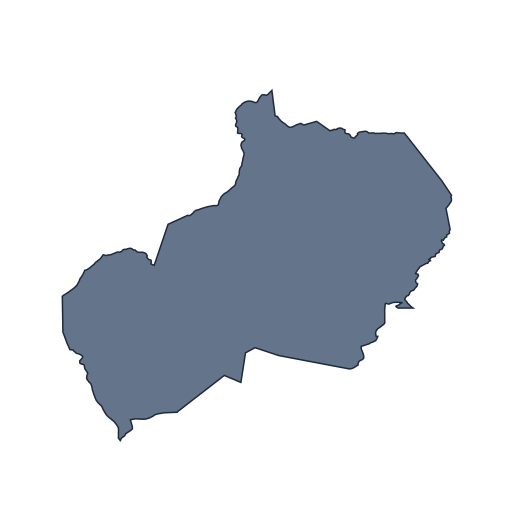 the district of Santa María Ozolotepec, Oaxaca, Mexico, rotated 81°
{"feature_id": "50627088B11851722089063", "entity_name": "Santa María Ozolotepec", "entity_type": "district", "adm_level": 2, "iso_a3": "MEX", "parent_name": "Mexico", "parent_adm1": "Oaxaca", "projection": "equal_earth", "projection_center": [-96.359, 16.098], "detail": "fine", "context": "isolated", "style": "filled", "palette": "slate", "viewbox_px": 512, "rotation_deg": 81, "n_neighbors": 0, "source": "geoboundaries", "source_scale": "gbopen_adm2", "svg_char_len": 6089}
<svg xmlns="http://www.w3.org/2000/svg" viewBox="0 0 512 512"><g transform="rotate(81 256 256)"><path d="M210.8,60.7L157.7,90.3L157.5,91.9L157.5,93.2L157.0,94.2L156.9,95.0L156.8,95.8L156.2,97.2L156.1,98.2L156.2,99.0L156.6,99.5L156.8,99.8L156.8,100.7L156.7,101.5L156.2,102.9L156.0,105.6L155.8,106.6L155.2,108.0L154.9,109.0L154.6,110.9L154.3,113.4L154.3,114.3L153.9,116.9L153.7,117.6L153.7,118.8L153.5,119.2L152.9,120.5L152.7,121.8L152.4,124.1L152.3,125.1L152.0,125.4L150.9,126.6L150.3,127.2L150.0,127.9L149.9,128.5L149.8,131.0L149.9,132.7L149.8,134.3L150.0,135.0L150.4,135.6L150.6,136.1L150.7,136.5L150.8,136.6L151.7,136.5L152.2,136.8L152.9,137.7L153.2,138.4L153.8,139.2L154.7,140.0L154.8,140.4L154.8,140.7L154.7,141.3L153.6,143.2L153.2,143.6L151.6,144.0L150.5,144.7L150.0,145.3L149.4,146.8L149.2,147.6L148.9,148.1L148.4,148.6L147.8,148.8L147.1,148.8L146.3,148.7L145.6,148.3L145.3,148.5L145.1,148.7L144.8,149.5L144.5,150.0L143.2,151.5L142.8,152.6L142.7,154.6L143.0,155.9L143.6,156.3L143.6,156.8L143.4,158.5L143.2,158.9L143.1,159.1L143.3,160.0L143.7,160.9L143.8,161.2L143.6,161.6L143.6,161.9L143.6,162.2L143.8,162.6L144.0,163.2L132.5,175.1L134.1,188.2L134.0,188.6L132.0,191.0L132.8,195.6L134.1,199.3L134.3,202.0L133.7,203.4L132.4,204.8L130.3,206.4L127.0,209.9L124.4,211.6L121.6,213.0L120.7,215.2L94.9,214.4L96.0,215.8L96.6,216.9L98.0,218.4L98.9,220.5L98.0,222.6L97.8,224.9L99.0,226.5L100.7,228.1L104.0,230.5L104.5,232.0L104.0,233.6L102.8,235.5L102.2,237.4L101.8,239.2L101.9,241.6L102.4,243.4L103.5,245.9L104.6,247.0L105.8,249.1L107.7,251.7L111.0,254.1L112.9,253.8L114.5,253.6L115.7,253.9L116.7,254.7L118.0,254.1L119.8,253.8L121.7,254.7L123.6,255.8L124.8,255.6L126.1,254.0L127.8,254.0L130.1,254.7L131.7,255.0L132.4,253.5L132.7,251.5L133.9,250.7L135.5,251.5L136.6,251.2L137.4,250.3L137.8,249.5L138.7,248.8L139.8,249.1L140.3,249.8L141.1,251.8L141.7,252.4L143.2,253.2L144.3,253.6L145.4,253.4L146.8,253.4L148.1,253.1L149.9,252.4L151.5,252.0L152.8,251.7L154.8,252.3L157.7,253.7L158.8,253.9L160.8,254.7L162.3,255.4L163.3,255.6L164.8,256.2L166.9,258.2L169.5,259.2L171.7,259.6L172.8,259.9L173.4,260.1L174.5,261.1L176.0,261.8L177.8,263.3L180.3,264.6L181.2,264.8L181.9,265.1L183.1,265.9L185.2,269.7L186.5,271.6L188.3,274.5L189.0,276.4L189.9,278.3L191.4,280.3L192.9,281.8L194.2,282.5L195.9,283.9L197.7,284.5L199.4,285.2L199.9,285.9L200.1,287.4L199.6,289.6L199.7,294.7L199.9,297.4L200.6,302.3L201.4,306.3L201.4,308.1L202.6,310.3L203.8,311.7L204.5,312.8L205.3,314.1L205.7,315.2L205.2,317.4L210.9,337.9L249.3,358.0L247.4,361.0L244.9,360.2L243.6,360.4L243.0,361.9L242.5,362.6L241.1,363.6L239.6,364.0L238.9,363.4L237.4,363.8L236.1,364.6L234.8,366.7L234.2,369.4L234.0,371.5L233.4,372.6L232.2,373.7L231.2,374.4L230.9,376.1L229.6,377.2L228.8,378.5L228.6,380.7L229.1,383.4L228.8,385.2L229.3,386.8L230.4,387.8L230.9,390.0L230.6,390.9L230.4,392.6L231.3,396.0L231.6,397.7L232.1,399.6L231.9,401.6L231.9,402.9L232.1,403.9L230.9,406.8L233.8,409.6L234.9,411.1L237.3,415.6L238.8,417.2L242.0,422.7L243.2,425.5L243.4,427.5L244.3,427.9L247.5,430.1L249.7,432.1L250.9,433.4L252.9,434.4L256.9,437.5L258.3,439.4L259.8,441.9L261.1,444.5L262.1,446.3L263.2,448.7L263.8,450.0L264.5,451.9L265.5,453.6L300.9,458.6L312.9,456.2L315.5,455.4L319.3,454.5L320.4,451.2L321.2,451.0L322.2,450.0L323.6,449.1L324.4,447.7L324.9,446.7L325.3,445.8L326.3,444.5L327.4,443.4L328.5,442.9L329.8,443.8L332.1,446.6L334.3,446.7L335.3,445.5L336.0,443.8L336.7,442.8L337.8,442.7L338.7,442.8L340.9,442.6L342.6,441.7L345.5,440.5L346.8,441.3L348.5,442.0L350.1,442.4L351.6,442.2L353.0,441.3L354.4,440.7L356.0,439.3L357.9,438.8L360.5,438.5L362.0,438.6L366.8,437.9L371.7,436.9L373.4,436.4L376.3,434.9L378.2,433.5L380.0,432.1L381.8,431.4L383.7,431.0L386.3,430.0L389.3,428.7L391.6,427.2L397.3,422.1L400.5,420.3L403.6,418.9L406.0,418.9L408.9,419.5L412.4,420.0L414.4,420.4L417.1,418.9L416.5,418.4L415.7,418.0L414.8,417.3L413.1,413.9L411.1,412.4L409.4,408.7L408.8,407.2L407.5,405.2L405.5,404.8L398.0,405.7L398.0,399.8L398.8,397.1L399.0,395.4L399.5,393.3L399.8,390.5L399.5,388.0L399.2,386.1L398.6,384.4L398.1,382.8L397.5,381.8L397.0,380.7L396.8,379.4L396.6,378.0L396.5,376.7L396.6,374.8L396.5,373.1L396.5,371.4L398.0,358.3L397.3,357.5L369.0,306.0L378.5,290.7L350.0,281.5L346.4,271.3L357.9,249.1L382.2,181.3L382.2,179.9L382.0,178.3L381.7,177.1L381.3,175.9L380.7,174.8L379.6,172.2L378.6,172.2L377.7,171.7L376.7,171.1L375.9,170.4L375.4,169.0L375.1,167.6L374.3,166.2L373.5,165.5L372.3,165.3L370.1,165.3L366.6,166.0L364.7,166.5L363.3,166.5L361.7,166.1L360.7,159.7L360.4,157.9L359.7,156.5L359.2,153.7L358.7,152.3L358.4,151.1L355.6,148.8L354.4,148.3L354.1,149.9L352.7,150.0L350.9,149.9L349.2,149.4L346.9,147.2L345.7,144.6L343.9,141.3L342.7,139.5L341.6,139.1L340.7,139.1L337.4,138.6L333.9,138.0L330.1,137.5L325.9,136.5L323.3,135.7L323.1,135.2L323.5,134.2L324.3,132.4L324.2,131.7L323.9,130.9L323.7,129.7L323.4,128.3L323.5,125.7L323.9,123.3L324.1,122.2L324.5,120.8L324.7,119.7L325.0,119.3L325.3,119.8L325.4,120.6L325.7,121.3L326.1,121.4L326.5,122.1L326.8,122.9L327.0,123.9L327.1,124.8L327.4,125.6L327.9,125.6L328.4,125.3L328.8,124.7L329.7,123.7L330.2,120.3L332.0,109.0L330.1,110.9L327.8,112.5L326.3,113.8L325.0,114.1L323.9,114.9L322.3,115.9L320.6,115.1L319.1,113.4L318.8,111.7L317.5,110.4L316.2,109.8L315.5,109.3L314.8,108.0L314.5,105.7L312.6,103.8L311.0,101.7L308.9,100.7L307.1,102.2L305.7,102.2L304.6,102.1L303.4,100.6L300.9,98.6L299.3,98.9L299.1,99.6L298.3,101.2L296.7,100.0L294.6,98.1L293.4,96.7L292.5,96.2L292.0,94.9L291.7,94.0L291.2,92.8L290.5,90.5L290.0,89.3L290.0,87.5L288.4,86.2L287.9,84.4L287.1,84.7L286.4,85.7L285.8,84.9L285.6,84.0L284.9,83.4L284.6,82.1L284.5,80.8L284.6,79.4L284.1,78.9L283.5,78.9L282.6,78.2L281.8,77.7L281.1,74.6L279.0,73.9L278.7,73.2L278.5,72.0L278.2,71.1L277.1,70.2L275.5,69.4L275.0,68.2L273.4,68.7L273.0,69.5L272.1,70.1L271.5,70.1L269.9,70.5L269.2,70.1L269.7,68.4L268.3,67.4L267.4,66.4L267.0,64.7L266.2,64.6L265.2,64.4L263.8,61.4L263.0,61.3L262.1,61.3L261.3,61.0L260.3,60.1L238.7,60.9L236.3,58.2L235.3,57.2L233.9,55.9L232.9,54.9L231.3,54.1L229.3,54.1L227.9,54.2L226.7,53.4L210.8,60.7Z" fill="#64748b" stroke="#1e293b" stroke-width="1.5"/></g></svg>